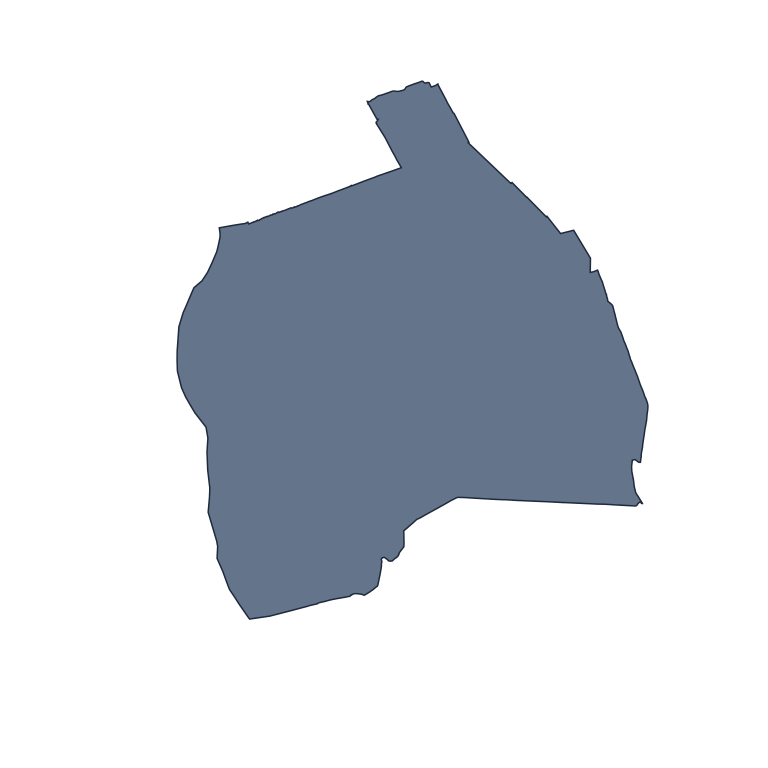 the district of Daeni, Tulcea, Romania, rotated 326°
{"feature_id": "2599482B15451384622174", "entity_name": "Daeni", "entity_type": "district", "adm_level": 2, "iso_a3": "ROU", "parent_name": "Romania", "parent_adm1": "Tulcea", "projection": "orthographic", "projection_center": [28.176, 44.832], "detail": "fine", "context": "isolated", "style": "filled", "palette": "slate", "viewbox_px": 768, "rotation_deg": 326, "n_neighbors": 0, "source": "geoboundaries", "source_scale": "gbopen_adm2", "svg_char_len": 6051}
<svg xmlns="http://www.w3.org/2000/svg" viewBox="0 0 768 768"><g transform="rotate(326 384 384)"><path d="M141.1,503.7L159.6,512.6L172.3,517.1L177.3,518.9L181.9,520.5L190.3,523.4L195.4,525.2L198.7,526.2L206.0,529.0L206.8,528.8L207.8,529.0L213.1,531.1L217.9,532.7L221.2,534.0L224.7,535.5L226.7,536.4L229.7,537.7L232.0,538.8L236.8,540.8L237.6,540.9L238.8,540.5L239.1,540.9L240.3,540.6L243.0,541.7L244.7,543.0L247.8,545.7L249.3,547.9L250.0,548.2L255.3,548.4L260.2,548.3L263.8,547.9L265.4,547.9L266.3,547.4L274.1,539.8L278.2,535.6L280.3,533.2L281.1,531.9L282.9,530.1L283.7,527.8L284.0,527.6L284.5,527.3L285.2,527.2L285.5,527.4L286.6,527.5L287.2,527.8L287.6,528.4L287.9,529.6L288.7,531.2L288.8,532.3L288.8,533.0L289.8,534.1L291.6,535.2L292.0,535.3L295.1,534.8L296.3,534.8L297.8,534.9L298.4,534.5L299.2,534.5L301.1,533.6L301.3,533.1L301.9,532.8L302.1,532.6L302.8,532.3L309.5,530.0L309.7,529.7L311.6,527.1L316.5,519.6L318.1,516.9L318.9,516.8L319.0,516.7L321.4,516.4L321.9,516.4L325.4,515.9L330.7,515.3L335.3,514.6L337.5,514.9L337.8,515.0L339.0,515.2L344.8,515.6L368.6,517.7L374.6,518.1L380.7,518.9L381.7,519.2L387.6,523.4L400.2,533.1L413.1,542.9L418.4,546.8L419.4,547.5L420.0,547.8L421.8,549.3L424.7,551.4L425.3,552.0L431.7,556.8L432.3,557.1L432.4,557.3L449.7,570.1L453.0,572.5L466.8,582.9L466.9,583.0L467.0,583.0L467.3,583.2L494.2,603.2L499.5,606.9L511.9,616.4L524.1,625.6L524.8,625.9L525.4,626.0L526.0,625.9L527.0,625.4L528.6,625.0L530.6,624.9L530.7,625.0L530.7,627.0L531.2,627.5L531.4,627.6L531.5,627.0L531.8,619.5L531.8,616.0L532.1,614.3L534.2,608.8L537.1,603.2L540.5,595.2L543.0,591.0L547.3,586.0L549.9,587.1L551.4,591.4L552.8,592.3L556.7,587.9L558.4,585.6L563.3,580.6L564.2,579.3L571.2,571.7L575.8,566.6L577.8,564.7L579.6,562.7L581.1,561.3L583.1,558.8L585.3,556.1L588.1,553.0L590.1,550.4L591.0,548.9L591.7,547.2L593.0,542.5L593.0,541.1L594.8,534.4L595.3,531.9L595.8,529.3L596.3,527.1L598.3,519.8L599.9,512.4L600.5,509.3L601.0,507.0L601.2,506.4L601.2,506.0L601.7,504.2L602.2,501.0L602.8,499.6L604.1,495.1L604.6,493.8L605.2,491.2L605.5,489.4L605.8,488.5L606.3,486.3L606.6,484.7L607.0,482.4L608.2,478.3L609.1,474.8L609.5,473.3L609.5,471.7L609.6,471.2L609.6,470.1L609.9,468.0L610.0,467.6L611.0,464.5L611.2,463.8L612.4,460.9L613.5,457.7L614.4,455.5L615.4,452.4L615.9,451.1L616.9,448.3L617.3,447.2L617.3,446.0L617.1,444.8L616.8,443.6L616.4,442.3L615.8,440.6L616.7,438.8L617.2,437.3L617.7,435.6L617.9,435.4L618.0,435.0L618.1,434.6L618.4,434.3L618.6,434.1L618.5,433.6L618.5,433.1L619.6,429.7L621.1,424.6L621.4,423.6L621.8,422.5L622.2,421.1L622.4,419.4L623.3,414.9L623.6,413.2L624.5,410.3L624.7,409.5L624.7,409.0L620.2,408.0L617.4,406.8L625.5,395.2L627.2,362.6L614.5,358.0L612.9,336.1L612.0,336.3L606.9,308.8L606.6,308.8L602.8,288.6L601.7,288.8L601.6,288.2L601.2,288.2L588.7,231.2L589.3,231.3L589.5,231.3L589.6,230.9L590.1,227.1L593.3,199.5L593.3,198.6L593.1,198.4L592.9,198.1L593.0,197.2L593.1,195.9L593.2,194.3L593.4,192.9L593.6,189.9L593.8,186.8L594.4,182.6L595.4,173.0L595.6,170.8L596.1,166.5L596.3,165.7L596.4,165.4L594.0,165.4L589.3,164.3L589.3,163.7L589.3,163.3L589.5,162.0L589.7,160.7L589.8,160.0L589.8,159.5L589.0,158.6L588.2,158.2L587.4,158.0L586.2,157.5L586.0,157.0L585.8,156.3L585.6,155.7L585.5,154.8L585.2,154.5L584.8,154.2L583.7,153.9L583.0,153.8L580.6,153.2L578.4,152.6L577.4,152.2L573.8,151.4L571.6,150.8L568.9,150.3L568.2,150.3L567.8,150.5L566.6,151.0L566.0,151.3L565.6,151.4L565.0,151.3L564.4,151.2L562.1,150.4L560.3,149.8L559.8,149.6L559.2,149.2L557.3,147.8L556.1,146.7L555.7,146.4L555.0,146.1L553.1,145.5L551.8,145.3L548.2,144.3L546.1,143.8L543.0,142.9L542.2,142.6L541.7,142.3L540.3,141.9L537.7,141.9L535.8,142.1L533.7,141.7L532.7,141.7L531.8,141.8L531.0,141.9L530.2,141.9L529.8,141.7L529.3,141.4L528.9,141.1L528.5,140.8L528.4,140.6L528.2,140.4L527.9,141.6L527.9,141.8L527.3,143.0L527.7,143.3L526.2,161.1L526.9,161.1L527.2,161.3L525.2,162.3L523.8,162.6L523.6,163.8L523.3,163.8L522.7,180.4L521.0,194.8L520.5,200.6L520.3,202.8L520.0,204.5L519.6,210.8L519.3,214.4L518.4,214.1L517.3,213.9L516.0,213.5L512.7,212.7L507.4,211.3L496.2,208.3L494.3,207.8L492.4,207.5L488.0,206.4L483.5,205.3L480.2,204.5L471.0,202.4L467.4,201.5L467.6,201.1L465.7,201.1L465.3,200.8L464.5,200.8L463.9,200.7L463.4,200.4L461.9,200.2L459.7,199.6L457.8,199.2L455.5,198.6L453.5,198.1L450.0,197.4L449.5,197.2L448.5,197.0L447.0,196.7L446.0,196.3L445.9,196.5L443.2,195.6L440.4,194.8L437.3,194.0L435.1,193.4L431.2,192.5L429.7,192.2L429.1,192.0L427.2,191.7L424.2,190.8L421.2,190.2L419.8,189.8L415.0,188.7L413.4,188.6L412.5,188.2L412.1,188.1L411.2,188.0L410.5,188.0L409.3,187.6L409.0,187.4L408.8,187.0L408.4,187.1L407.8,187.1L407.5,186.9L407.2,187.0L406.7,187.0L406.4,186.9L405.4,185.9L405.1,185.9L397.8,184.3L396.5,183.7L395.6,183.6L395.1,183.6L394.9,183.4L394.2,183.3L394.0,183.2L392.8,183.0L392.9,182.6L392.7,182.4L392.3,182.3L392.1,182.2L391.8,182.1L391.0,182.1L390.4,182.2L389.9,182.2L389.6,182.2L388.1,181.5L387.2,181.4L387.1,181.1L386.8,181.0L386.6,181.2L386.3,181.3L385.4,181.1L385.1,180.8L384.7,180.6L383.9,180.5L383.2,180.4L381.3,180.2L381.2,180.2L381.0,179.7L379.6,179.4L378.3,179.1L377.7,178.9L377.7,179.1L376.2,178.7L375.8,178.7L375.4,178.5L374.1,178.6L373.8,178.4L373.5,178.4L373.2,178.3L372.8,178.3L372.0,178.5L371.8,178.5L371.5,178.4L371.3,178.2L371.1,178.2L370.9,178.1L370.7,177.7L370.8,177.5L370.7,177.4L370.1,177.5L369.0,177.4L367.7,177.1L366.3,176.9L366.3,176.7L363.9,176.3L361.3,175.6L361.6,173.7L360.4,173.6L358.3,173.2L355.8,171.9L348.1,168.3L334.8,162.4L332.2,167.6L330.3,170.4L327.4,173.3L322.7,177.8L319.3,180.8L309.8,187.0L300.8,192.4L299.9,192.9L290.8,196.7L280.3,197.9L275.2,201.1L265.5,207.4L263.2,208.9L257.3,212.6L246.0,221.8L230.9,241.1L225.6,248.8L220.3,257.2L219.9,257.9L215.3,270.4L214.0,274.1L212.3,283.9L211.5,295.0L211.2,300.9L211.1,302.0L212.3,320.3L208.6,328.5L207.6,330.6L203.3,336.1L199.1,341.6L189.7,356.8L181.6,372.5L179.3,375.8L175.5,380.9L166.5,392.0L157.5,420.6L155.3,425.6L148.1,435.2L145.5,449.5L142.9,459.8L141.0,468.0L141.0,477.1L140.8,484.8L141.0,500.9L141.1,503.7Z" fill="#64748b" stroke="#1e293b" stroke-width="1.5"/></g></svg>